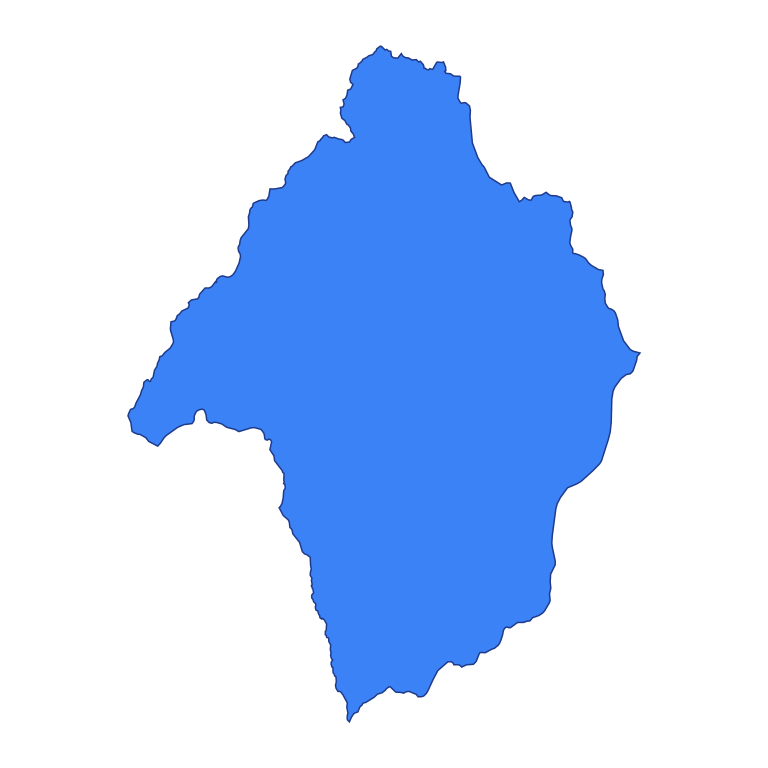 outline of Suaza, Huila, Colombia
{"feature_id": "7082276B29582947964512", "entity_name": "Suaza", "entity_type": "district", "adm_level": 2, "iso_a3": "COL", "parent_name": "Colombia", "parent_adm1": "Huila", "projection": "equal_earth", "projection_center": [-75.841, 1.869], "detail": "fine", "context": "isolated", "style": "filled", "palette": "blue", "viewbox_px": 768, "rotation_deg": 0, "n_neighbors": 0, "source": "geoboundaries", "source_scale": "gbopen_adm2", "svg_char_len": 6068}
<svg xmlns="http://www.w3.org/2000/svg" viewBox="0 0 768 768"><path d="M640.0,353.0L633.2,351.2L630.2,349.5L623.6,340.8L618.4,326.5L617.8,320.2L615.4,312.9L613.9,310.8L611.6,309.3L608.4,308.2L605.3,303.2L604.8,298.7L605.3,294.5L604.2,290.8L603.0,289.1L601.6,282.8L601.8,279.3L603.4,274.5L603.0,270.4L598.3,269.5L591.4,265.4L588.6,262.9L585.6,258.7L583.7,257.3L579.2,255.0L575.2,253.6L573.5,253.6L572.7,252.8L572.8,249.2L570.9,246.0L569.8,242.9L570.6,236.5L572.0,230.0L571.7,228.0L570.6,225.5L569.9,220.5L570.5,219.0L572.1,216.8L572.8,212.1L571.5,209.1L571.5,207.8L570.0,202.0L569.3,201.4L567.9,202.1L563.5,201.4L561.7,197.7L556.5,195.9L550.2,195.5L546.1,192.3L541.7,195.0L535.7,195.5L533.3,196.3L531.1,200.2L528.5,199.9L524.2,197.4L521.6,200.3L519.3,201.7L514.0,192.5L510.3,183.1L506.6,182.9L501.6,185.0L489.3,177.2L484.2,167.1L481.9,164.5L477.9,157.8L472.4,143.0L470.0,117.3L470.4,110.3L469.5,106.0L465.8,102.8L464.3,102.6L461.5,103.2L460.4,102.6L458.0,98.3L458.0,95.5L460.2,82.5L460.5,77.0L459.8,76.3L453.8,76.1L450.4,73.7L445.9,73.3L444.7,71.4L445.9,70.7L445.6,67.1L443.5,61.9L442.1,62.5L437.3,62.0L436.4,62.8L432.7,69.4L429.8,68.7L428.7,69.8L426.7,69.5L425.3,68.3L424.0,68.3L423.8,66.0L423.2,64.5L420.3,61.2L418.7,62.0L416.3,59.6L412.0,60.0L408.6,58.0L405.2,57.6L402.7,55.9L401.3,53.6L397.8,58.1L393.6,57.8L391.5,56.3L390.7,51.3L388.7,51.0L386.7,49.4L385.0,49.9L381.2,46.1L381.4,46.5L380.2,46.2L376.8,48.8L376.1,50.9L375.1,51.5L372.8,54.5L368.7,55.8L367.2,57.1L362.8,59.4L362.2,60.8L361.3,61.4L361.3,62.0L358.3,64.1L358.0,66.3L356.6,68.3L352.4,70.4L349.8,79.1L350.6,82.4L353.0,84.4L350.7,89.0L347.7,90.2L347.0,94.9L346.0,97.3L345.4,98.4L343.0,99.9L344.0,103.5L343.9,104.8L343.1,106.9L340.3,107.4L340.9,110.1L340.4,113.1L341.8,118.2L344.9,120.6L346.8,124.2L348.0,124.8L350.4,127.8L350.9,131.2L353.2,133.8L354.5,137.4L351.1,139.4L349.5,142.0L345.2,142.5L343.5,140.4L342.2,139.6L339.1,139.1L334.1,137.3L332.5,137.9L328.7,136.9L326.6,134.7L323.6,135.8L321.9,138.3L320.5,139.5L320.4,140.4L317.8,141.9L314.7,149.8L308.4,156.7L301.6,160.6L295.3,162.8L291.8,166.5L290.9,166.7L289.6,169.4L288.1,171.1L288.0,173.4L286.0,175.7L285.0,179.1L285.7,182.7L285.1,184.4L282.4,187.5L274.4,189.0L270.0,188.9L268.8,196.4L266.8,199.9L265.7,200.4L263.0,200.0L259.1,200.6L253.3,203.3L252.3,207.2L250.8,208.3L250.0,209.7L249.5,213.3L248.4,216.5L248.9,225.1L248.3,228.7L241.2,237.6L240.2,240.3L239.6,244.5L238.3,246.8L238.1,248.4L238.7,251.6L240.2,254.0L240.5,256.6L239.1,263.0L235.5,271.1L232.8,274.9L229.6,277.0L226.9,277.1L222.8,275.9L220.3,276.4L217.2,278.8L216.4,280.5L216.5,282.0L216.0,282.5L215.4,281.8L211.6,286.8L209.0,288.0L205.1,288.0L199.6,294.2L198.8,297.3L197.5,298.9L191.5,299.9L188.3,302.8L188.9,303.6L189.2,305.3L188.0,308.1L181.8,311.0L179.8,313.7L177.3,315.6L175.8,319.7L174.5,321.0L171.0,321.8L170.4,328.5L170.6,330.6L173.2,339.3L173.5,342.1L172.7,344.0L170.1,348.2L164.8,352.5L162.2,355.8L159.8,356.7L159.1,360.0L157.5,363.3L157.0,366.3L154.5,370.2L153.1,377.2L151.3,379.0L150.3,381.5L149.3,381.4L148.0,379.8L147.1,379.7L143.9,382.3L143.3,387.3L141.6,390.5L140.4,394.8L136.0,403.1L134.7,407.0L133.2,408.6L130.6,409.4L128.6,413.6L128.0,415.9L130.9,422.7L132.0,431.2L133.6,432.5L137.7,434.2L139.8,434.3L145.7,437.6L148.8,441.5L157.7,446.1L160.3,443.3L164.1,437.7L166.4,435.4L177.7,427.3L184.0,424.6L192.0,423.6L193.7,421.3L194.3,418.8L194.1,416.8L194.9,414.3L196.5,411.3L199.3,409.7L202.5,409.1L204.4,410.3L206.0,414.5L206.7,420.0L209.2,422.6L211.9,423.3L213.8,422.3L216.4,422.4L221.7,423.9L226.8,427.3L235.5,429.6L238.8,431.6L251.4,427.8L254.5,427.6L261.0,429.4L263.6,432.8L264.3,434.7L264.7,438.2L265.3,439.5L267.4,440.1L268.8,439.1L270.7,439.9L271.6,441.8L269.9,449.7L273.9,455.8L274.6,460.7L282.1,470.5L282.8,472.5L283.9,473.2L284.0,474.1L283.8,480.4L284.2,482.0L283.6,483.7L284.6,484.0L284.9,484.6L285.3,488.3L284.0,490.1L283.6,492.0L283.2,498.0L282.0,503.4L280.5,506.4L279.1,507.6L283.2,515.5L288.2,519.8L289.3,522.2L289.9,527.5L291.8,529.3L292.9,533.9L299.6,542.4L302.3,551.6L304.4,553.8L307.0,554.8L310.2,557.2L310.6,565.5L311.3,568.8L310.4,572.1L310.2,575.2L311.9,578.2L311.4,580.3L312.2,584.7L311.4,585.4L311.4,586.1L312.1,587.1L312.1,588.0L312.9,589.0L313.6,592.9L312.0,594.6L311.6,596.2L311.9,598.2L312.9,599.4L313.7,601.8L315.6,603.6L315.8,605.8L315.3,606.7L315.8,609.8L316.5,610.5L317.4,610.6L317.9,611.4L318.5,613.8L319.8,616.0L319.7,617.1L320.6,618.4L321.3,618.2L321.9,619.1L322.7,618.5L324.3,619.9L326.6,624.0L326.2,630.3L325.3,631.5L325.3,634.7L326.2,635.3L326.7,637.4L328.3,637.8L328.7,638.4L328.8,641.5L330.7,645.0L330.3,649.4L331.0,652.8L330.6,655.6L331.6,658.8L332.7,660.1L331.3,661.9L331.1,664.6L331.7,665.6L331.7,666.7L332.9,667.7L333.1,672.7L334.4,674.5L334.7,676.0L336.0,677.0L336.3,681.8L335.5,685.3L336.0,688.1L337.9,691.4L340.5,691.6L343.0,694.9L347.3,702.9L346.8,707.3L347.9,712.9L347.2,715.9L347.2,718.7L347.4,719.8L349.4,721.9L351.5,717.1L353.6,714.0L354.8,713.0L357.9,711.9L359.8,707.1L362.2,704.8L362.9,703.1L365.7,702.5L374.2,697.2L377.4,694.2L382.2,692.7L385.4,690.2L386.4,688.7L388.9,686.9L390.5,687.0L395.6,692.0L396.4,692.2L400.9,692.4L403.6,693.2L406.2,691.7L409.1,691.4L416.3,694.4L418.1,696.8L421.6,696.7L423.7,696.0L426.3,693.5L428.0,690.6L433.1,679.5L437.9,670.5L447.9,661.8L451.6,661.8L453.0,663.0L453.9,664.8L458.1,664.7L460.2,665.5L461.6,667.1L466.5,664.8L473.4,664.3L476.2,661.4L479.1,654.0L480.1,652.5L485.3,652.7L491.9,649.1L494.4,648.3L498.0,645.4L499.5,643.4L501.0,640.0L502.7,634.5L503.3,630.8L504.3,628.8L505.7,627.3L507.6,627.0L508.4,627.7L510.5,627.6L517.5,622.5L524.0,622.4L526.7,621.2L529.9,620.9L532.6,617.7L538.9,615.5L542.3,613.3L544.5,611.0L549.3,602.9L550.1,600.4L549.5,593.7L550.8,588.3L550.2,581.9L550.6,574.2L555.2,564.8L555.2,560.9L552.4,547.7L551.8,543.2L552.3,535.4L554.7,517.4L555.9,508.5L557.2,503.7L560.5,497.4L567.5,487.8L577.3,483.6L581.3,481.2L592.9,470.7L599.8,463.6L601.5,460.8L608.4,439.2L610.2,432.0L611.2,422.6L611.8,399.0L613.1,391.1L615.0,386.8L621.2,378.4L626.2,374.6L630.4,373.7L633.0,371.0L636.6,360.4L637.2,356.4L640.0,353.0Z" fill="#3b82f6" stroke="#1e3a8a" stroke-width="1.5"/></svg>